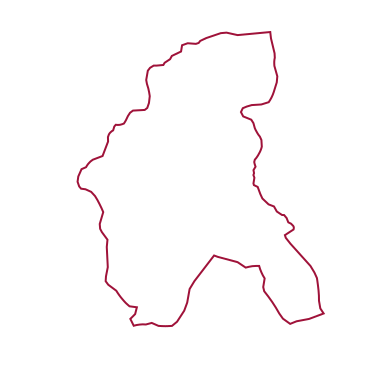 Ocna De Fier, Caras-Severin, Romania (Natural Earth projection), rotated 258°
{"feature_id": "2599482B48244841189290", "entity_name": "Ocna De Fier", "entity_type": "district", "adm_level": 2, "iso_a3": "ROU", "parent_name": "Romania", "parent_adm1": "Caras-Severin", "projection": "natural_earth1", "projection_center": [21.767, 45.343], "detail": "fine", "context": "isolated", "style": "outline", "palette": "rose", "viewbox_px": 384, "rotation_deg": 258, "n_neighbors": 0, "source": "geoboundaries", "source_scale": "gbopen_adm2", "svg_char_len": 2554}
<svg xmlns="http://www.w3.org/2000/svg" viewBox="0 0 384 384"><g transform="rotate(258 192 192)"><path d="M332.2,301.8L336.0,269.2L340.7,258.9L341.4,253.2L339.6,237.9L338.1,231.5L336.4,229.5L336.1,226.6L338.4,218.7L337.6,212.8L331.7,210.5L329.3,200.6L326.5,198.2L324.1,192.1L322.2,190.4L323.0,183.6L323.6,180.8L322.2,176.8L319.8,174.0L311.1,170.5L307.1,170.4L302.4,170.8L298.4,170.8L294.5,170.6L288.0,168.4L283.5,165.7L282.1,162.8L283.9,151.2L282.4,147.9L279.6,145.1L277.9,143.8L276.2,142.5L274.6,141.1L273.1,139.6L272.8,137.5L272.7,135.5L273.0,133.4L273.6,131.4L272.2,129.6L268.7,127.7L268.2,126.3L267.5,125.0L266.7,123.8L265.6,122.7L263.2,121.2L258.8,120.4L245.8,112.0L244.2,101.7L243.6,100.4L243.0,99.1L242.0,97.6L240.9,96.1L239.7,94.8L238.3,93.5L237.3,88.7L230.8,84.0L225.8,82.2L220.9,82.8L218.3,84.2L216.8,88.4L213.1,93.4L208.2,96.3L203.9,97.8L199.6,99.0L195.2,100.1L190.8,101.0L179.9,95.1L175.1,94.5L171.5,95.5L162.9,99.4L155.9,97.2L136.0,94.0L127.3,90.3L122.7,89.0L118.7,90.8L111.2,97.4L108.8,98.3L106.4,99.3L104.0,100.4L101.7,101.6L99.5,102.8L97.3,104.1L95.2,105.6L93.2,107.1L90.7,114.1L84.4,111.0L80.7,105.3L73.3,107.2L73.4,110.2L73.2,113.3L72.8,116.3L72.0,119.3L72.3,125.4L68.0,131.4L67.1,134.7L66.3,138.0L65.7,141.3L65.2,144.6L68.2,150.4L77.5,159.7L84.8,164.3L97.6,169.5L104.3,175.8L125.3,200.4L123.1,203.9L113.9,222.0L106.9,228.8L107.0,232.2L106.9,235.6L106.4,239.0L105.7,242.3L102.3,242.6L98.9,243.2L95.6,244.0L92.4,245.1L84.2,241.9L79.9,242.0L73.9,244.9L67.7,247.6L61.4,250.0L55.0,252.1L49.2,254.6L42.6,260.6L43.8,267.4L43.5,280.1L45.8,295.5L51.4,293.3L59.2,293.6L64.3,294.6L69.4,295.3L74.6,295.8L79.8,296.2L81.9,296.3L87.8,295.0L95.0,292.5L121.0,277.5L127.7,274.2L130.5,273.9L134.2,283.5L135.0,283.9L136.0,284.2L137.0,284.2L137.9,283.9L140.4,282.3L142.3,279.9L145.8,279.3L146.7,279.2L150.3,277.3L150.8,275.3L152.6,273.5L155.3,270.9L160.8,269.2L164.0,264.3L171.0,259.5L175.8,258.4L183.3,257.3L185.9,254.0L187.6,253.9L193.0,256.0L195.8,255.6L197.5,256.6L200.6,256.7L202.9,258.8L203.5,259.4L206.5,259.1L208.4,259.1L210.6,260.2L211.7,261.7L212.9,263.0L214.2,264.3L215.6,265.5L217.0,266.7L218.5,267.8L220.1,268.8L221.8,269.7L228.4,270.7L232.1,269.9L233.9,269.0L235.7,268.3L237.6,267.7L239.6,267.1L241.5,266.7L246.6,266.4L250.4,265.0L255.3,257.8L260.0,256.5L263.4,259.1L264.2,263.3L264.6,268.5L263.2,278.0L263.9,285.7L265.9,287.7L268.0,289.5L270.3,291.2L272.7,292.7L281.6,297.7L287.4,299.5L298.2,298.8L300.2,299.1L302.2,299.5L304.2,300.1L306.1,300.9L310.5,301.6L325.9,301.2L332.2,301.8Z" fill="none" stroke="#9f1239" stroke-width="2"/></g></svg>